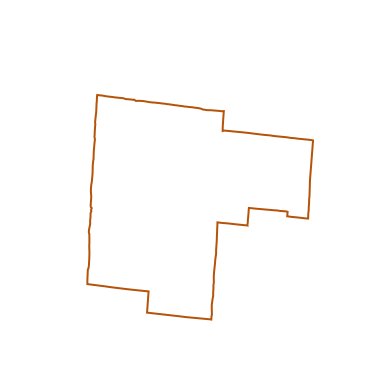 Gruia, Mehedinti, Romania (orthographic projection), rotated 68°
{"feature_id": "2599482B33990588848115", "entity_name": "Gruia", "entity_type": "district", "adm_level": 2, "iso_a3": "ROU", "parent_name": "Romania", "parent_adm1": "Mehedinti", "projection": "orthographic", "projection_center": [22.812, 44.277], "detail": "fine", "context": "isolated", "style": "outline", "palette": "amber", "viewbox_px": 384, "rotation_deg": 68, "n_neighbors": 0, "source": "geoboundaries", "source_scale": "gbopen_adm2", "svg_char_len": 3787}
<svg xmlns="http://www.w3.org/2000/svg" viewBox="0 0 384 384"><g transform="rotate(68 192 192)"><path d="M238.2,323.5L239.0,322.1L246.6,308.5L250.3,302.1L257.6,288.9L262.8,279.2L267.9,269.5L286.7,278.7L287.0,278.9L302.2,250.8L305.6,244.7L307.3,241.4L317.0,222.6L317.3,222.2L317.5,221.9L317.1,221.7L316.7,221.5L314.6,220.5L314.0,220.1L313.4,219.6L312.6,219.3L307.4,217.3L304.3,216.1L300.3,213.8L298.7,212.9L297.1,211.8L295.9,211.1L295.0,210.8L292.5,209.7L290.0,208.5L287.1,207.3L285.7,206.6L283.7,205.4L282.6,205.1L281.4,204.6L279.5,203.9L276.9,202.7L273.7,201.1L266.4,197.2L262.9,195.5L259.4,193.4L257.7,192.5L256.8,192.2L254.9,191.4L253.0,190.5L251.8,189.9L249.3,188.7L247.1,187.6L245.1,186.7L240.1,184.5L238.3,183.6L236.8,183.0L231.6,180.6L229.7,179.8L232.0,175.6L234.6,170.4L238.4,163.4L243.0,154.7L243.8,153.2L243.7,153.2L242.5,152.5L240.8,151.5L239.3,150.9L235.5,148.9L233.3,147.8L230.2,146.3L228.1,145.2L231.6,138.6L234.7,132.5L237.6,126.8L239.4,123.3L241.7,118.7L242.3,117.9L244.1,114.3L245.3,111.9L246.2,110.8L250.2,112.8L250.4,112.4L252.5,108.8L254.5,104.9L256.1,101.9L257.2,99.8L258.5,97.6L260.1,94.3L259.7,94.1L258.6,93.6L257.2,93.0L254.8,91.9L253.8,91.3L253.1,90.9L251.9,90.3L250.3,89.7L249.4,89.2L246.5,87.8L244.4,86.8L243.7,86.6L243.2,86.4L239.8,84.6L236.6,83.2L233.5,81.8L230.5,80.5L228.9,79.8L227.1,79.0L225.7,78.4L218.0,74.6L212.0,71.6L202.1,66.7L196.5,63.9L192.2,61.8L189.9,60.6L189.4,60.5L187.2,64.3L182.5,73.3L179.6,78.5L179.3,79.4L177.0,83.2L174.1,88.7L171.2,94.3L168.6,98.7L165.8,104.2L161.0,112.9L158.4,117.5L154.9,124.1L151.7,130.3L148.6,136.2L147.1,139.2L146.9,140.7L142.5,138.8L135.6,135.5L129.1,132.3L128.9,132.2L128.2,134.4L127.6,135.4L127.0,136.4L126.4,137.6L125.4,139.6L124.4,141.6L123.4,143.6L122.8,144.9L122.3,146.1L121.7,147.5L120.6,149.2L119.8,150.7L119.3,151.3L118.6,152.0L118.1,152.4L117.4,153.5L117.0,154.0L116.2,155.4L115.2,157.2L113.1,160.8L112.4,162.3L112.0,163.1L111.1,164.5L110.4,166.0L109.7,167.3L108.7,168.8L107.9,170.3L107.2,171.6L106.4,172.9L105.7,174.2L104.9,175.7L104.6,176.2L103.6,177.8L102.7,179.4L102.0,180.6L101.4,181.7L101.1,182.4L100.6,183.1L99.7,184.6L98.6,186.8L97.6,188.4L96.0,191.5L95.0,193.3L94.3,194.9L92.9,197.5L91.9,199.1L90.9,200.7L89.5,203.0L88.7,204.6L87.5,207.2L86.8,209.2L86.3,210.2L85.6,210.5L85.2,210.7L84.6,211.2L84.6,211.8L84.2,212.5L83.3,214.0L82.3,216.0L81.4,217.9L81.1,218.5L80.7,219.0L80.0,219.8L79.5,220.3L78.7,221.7L77.9,223.2L77.0,225.0L76.4,226.1L75.3,228.2L73.5,231.3L72.4,233.4L71.1,235.7L69.0,239.0L67.4,242.1L66.5,243.5L67.1,243.9L69.4,245.0L69.7,245.2L72.1,246.2L73.7,247.1L74.7,247.6L75.6,247.9L76.3,248.3L77.0,248.6L80.1,250.0L81.4,250.6L82.3,251.0L84.0,252.0L86.3,253.2L88.1,254.2L89.5,254.9L90.3,255.4L91.6,255.9L92.1,256.0L92.8,256.2L94.8,257.2L97.4,258.5L99.9,259.7L102.4,260.8L104.2,261.7L105.2,262.0L105.6,262.0L106.2,262.1L106.8,262.3L107.5,262.6L108.8,263.4L111.3,264.7L114.7,266.4L118.0,268.1L121.3,269.5L123.3,270.4L124.6,270.9L125.2,271.4L126.4,272.1L126.7,272.2L129.6,273.8L131.4,274.6L136.8,276.9L139.2,278.1L141.1,279.0L142.7,279.9L144.0,280.5L145.3,281.3L146.3,281.9L147.3,282.5L148.9,283.4L150.1,284.0L152.0,284.9L154.3,285.8L156.2,286.4L158.5,287.1L160.6,288.1L166.3,290.9L167.4,291.3L167.9,291.4L168.5,291.4L168.8,291.2L169.2,291.0L169.5,291.1L169.8,291.4L170.4,292.0L171.3,292.5L171.6,292.4L172.1,292.5L172.5,292.9L172.8,293.2L173.7,294.0L174.4,294.3L176.5,295.2L178.1,295.9L179.4,296.7L181.4,297.6L182.6,298.0L183.5,298.4L184.6,299.1L186.4,300.3L186.8,300.6L188.9,301.9L190.6,302.7L191.6,302.9L192.5,302.9L192.6,303.0L193.6,303.4L196.0,304.3L200.7,306.2L203.8,307.6L207.3,308.9L210.5,310.1L215.3,312.2L221.7,315.2L224.3,316.8L224.6,317.4L226.1,318.2L229.9,319.9L231.4,320.6L232.7,321.2L235.2,322.3L235.6,322.5L238.2,323.5Z" fill="none" stroke="#b45309" stroke-width="2"/></g></svg>